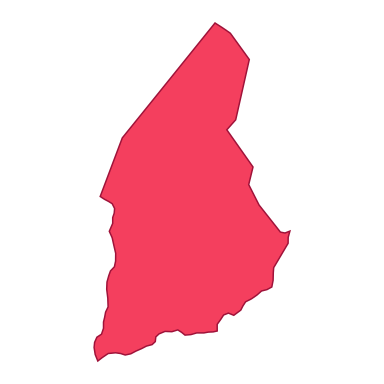 Barrocas, Bahia, Brazil (Robinson projection)
{"feature_id": "56859067B90596370727458", "entity_name": "Barrocas", "entity_type": "district", "adm_level": 2, "iso_a3": "BRA", "parent_name": "Brazil", "parent_adm1": "Bahia", "projection": "robinson", "projection_center": [-39.103, -11.527], "detail": "fine", "context": "isolated", "style": "filled", "palette": "rose", "viewbox_px": 384, "rotation_deg": 0, "n_neighbors": 0, "source": "geoboundaries", "source_scale": "gbopen_adm2", "svg_char_len": 1201}
<svg xmlns="http://www.w3.org/2000/svg" viewBox="0 0 384 384"><path d="M122.3,137.9L100.2,196.5L104.5,199.3L108.7,201.5L112.2,203.7L114.6,208.5L114.2,213.2L112.7,217.6L112.7,223.4L109.3,231.3L112.2,237.8L113.5,243.8L115.7,253.4L115.6,261.1L114.4,266.8L110.5,270.9L108.8,275.6L107.0,282.0L106.7,289.2L107.8,298.2L108.1,306.9L105.6,312.1L104.6,317.5L103.5,322.0L103.5,328.3L101.5,334.2L96.9,337.2L94.6,342.4L94.1,347.5L95.2,354.5L97.8,361.0L102.2,357.6L108.2,353.5L115.6,352.8L120.6,353.5L125.2,355.0L130.8,353.8L135.9,351.1L141.6,348.6L146.4,346.1L152.1,344.6L155.3,341.6L155.8,336.9L159.0,333.9L165.0,331.4L171.9,331.7L177.8,329.9L181.7,332.4L185.0,335.1L190.9,334.6L196.8,332.9L204.0,332.9L208.3,332.1L213.1,331.9L217.2,331.0L217.2,324.3L220.8,319.3L223.6,315.0L228.4,313.1L233.8,315.3L240.8,310.1L243.0,305.8L245.6,301.8L251.5,298.8L257.1,294.9L261.5,291.0L267.0,289.6L271.8,287.0L273.1,280.3L273.3,272.6L273.7,267.6L276.8,262.4L288.1,243.3L288.2,237.3L289.9,231.1L285.0,233.0L280.4,232.1L259.1,205.1L248.7,184.6L253.0,167.0L247.8,159.6L226.8,129.8L235.7,119.8L249.3,59.5L230.3,33.2L223.1,28.2L215.0,23.0L157.3,94.6L154.4,98.2L122.3,137.9Z" fill="#f43f5e" stroke="#9f1239" stroke-width="1.5"/></svg>